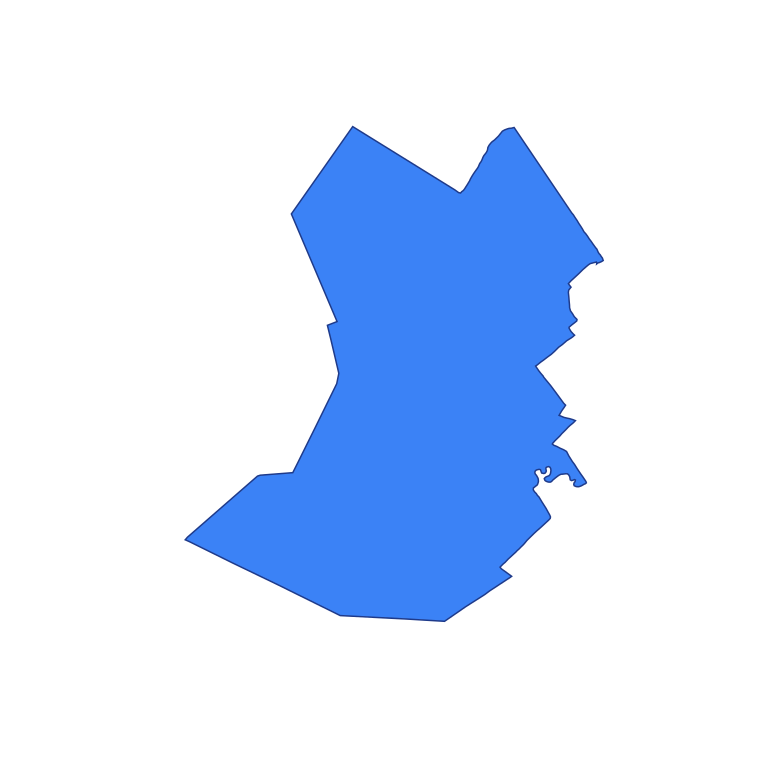 Banan, Batdâmbâng, Cambodia (Natural Earth projection), rotated 56°
{"feature_id": "14789045B38082760726943", "entity_name": "Banan", "entity_type": "district", "adm_level": 2, "iso_a3": "KHM", "parent_name": "Cambodia", "parent_adm1": "Batdâmbâng", "projection": "natural_earth1", "projection_center": [103.091, 12.952], "detail": "fine", "context": "isolated", "style": "filled", "palette": "blue", "viewbox_px": 768, "rotation_deg": 56, "n_neighbors": 0, "source": "geoboundaries", "source_scale": "gbopen_adm2", "svg_char_len": 3854}
<svg xmlns="http://www.w3.org/2000/svg" viewBox="0 0 768 768"><g transform="rotate(56 384 384)"><path d="M244.1,132.7L243.2,135.3L242.0,137.4L241.5,139.0L240.8,141.9L240.6,144.5L241.5,147.4L242.5,150.5L243.0,153.2L243.5,156.0L243.6,158.9L244.0,160.8L244.8,163.3L246.0,165.6L247.4,166.9L248.3,167.9L249.3,169.8L249.9,171.6L250.5,173.5L251.4,175.2L252.8,177.2L253.9,179.1L254.7,181.3L255.8,183.0L256.6,184.2L257.4,185.9L258.0,187.6L258.9,190.0L259.8,192.3L261.1,195.2L262.4,197.8L263.5,199.5L264.1,200.9L265.2,203.2L266.3,205.8L267.2,207.8L267.8,209.5L268.0,210.8L268.0,212.0L268.5,213.7L267.1,215.1L262.7,216.7L153.1,266.0L153.5,267.0L172.2,315.9L191.2,365.7L306.0,388.0L303.7,398.1L317.5,403.2L333.6,409.3L349.9,415.5L357.3,423.0L380.8,463.9L401.5,500.3L406.5,509.2L390.4,537.6L389.6,540.4L401.1,632.6L402.0,635.9L406.2,633.3L447.7,609.6L491.7,583.9L528.7,562.8L551.5,549.8L591.1,497.2L614.6,466.5L614.3,440.8L614.9,418.2L614.6,412.1L614.9,387.2L614.8,385.7L602.7,390.1L600.7,390.2L600.2,387.7L599.8,385.6L599.6,383.4L598.6,379.1L597.4,371.1L597.1,368.9L596.6,366.8L596.3,364.3L595.7,361.5L595.3,359.1L594.8,356.9L593.6,352.9L592.8,348.7L591.8,343.3L591.2,339.5L590.6,334.5L588.9,323.5L588.4,321.4L587.3,320.3L585.5,319.9L581.9,319.6L577.7,319.2L570.0,319.0L564.1,318.7L562.2,319.1L560.0,319.0L558.2,319.4L555.8,319.5L555.0,319.3L553.6,318.1L553.7,316.7L553.5,315.9L553.5,314.7L553.5,314.0L553.2,313.0L552.4,311.9L551.3,310.6L549.9,309.7L548.3,309.0L545.1,308.7L543.1,308.9L541.8,308.5L540.8,307.5L540.5,305.8L541.0,304.3L541.5,303.1L542.5,302.2L544.4,302.7L545.9,303.1L547.4,301.8L548.0,300.6L547.6,299.1L546.9,298.1L545.7,297.6L544.6,297.1L543.9,296.3L544.0,295.0L544.6,293.6L546.0,292.9L547.6,293.2L549.1,294.0L550.1,294.9L551.3,296.0L552.1,297.4L552.3,298.6L551.9,300.3L551.6,301.5L551.7,302.9L552.1,304.1L554.0,304.5L555.3,304.0L556.6,303.1L557.6,302.1L558.5,300.6L558.4,299.1L558.0,297.6L557.9,296.3L557.7,294.4L557.6,293.0L557.5,291.4L557.5,289.6L557.8,287.7L558.7,286.2L560.0,283.6L561.1,282.1L562.9,281.7L564.7,281.9L566.3,282.6L567.6,283.2L568.9,282.6L569.2,281.9L569.5,280.9L569.7,279.6L570.6,279.0L571.9,280.3L571.9,281.1L572.6,282.1L573.5,282.9L574.7,283.2L576.3,282.2L577.1,281.4L578.1,279.9L578.5,278.5L578.8,277.2L578.9,275.6L579.0,274.0L579.3,272.8L579.1,271.5L577.7,271.1L574.9,271.1L572.2,271.1L568.9,271.2L566.0,271.2L562.2,271.2L557.3,271.0L553.7,271.2L550.4,271.1L547.0,271.0L543.8,270.6L542.0,270.4L539.0,271.8L535.7,273.9L532.3,275.7L529.7,277.5L527.9,278.0L527.5,277.4L527.2,276.1L526.7,274.2L526.1,271.0L525.4,267.2L524.6,264.4L523.6,259.0L522.8,255.5L522.4,253.0L522.1,249.4L521.7,247.1L521.4,245.8L519.2,247.3L516.4,249.6L514.8,251.2L512.4,253.4L510.1,254.9L507.9,256.4L506.8,254.1L505.6,251.6L504.2,247.9L503.1,245.3L500.4,245.8L489.7,246.2L478.9,246.7L467.6,247.8L466.6,247.6L462.3,248.1L459.3,248.3L455.9,248.3L453.9,248.3L453.9,246.5L453.5,242.0L453.4,238.4L453.1,233.8L452.9,228.6L452.3,224.3L451.2,218.8L451.0,213.9L450.3,208.4L450.5,202.9L450.4,200.9L450.1,198.7L448.0,199.2L445.0,199.6L441.4,199.4L440.4,198.8L440.0,195.2L439.8,191.9L439.5,188.9L438.4,187.9L434.6,188.6L431.0,188.4L427.7,188.5L424.6,187.5L422.2,186.0L418.9,184.2L415.2,182.1L411.1,179.9L409.4,178.3L408.8,176.4L408.3,174.8L405.6,175.0L403.9,175.0L403.0,171.1L402.3,166.4L401.4,160.6L400.4,155.4L399.8,150.6L399.5,147.7L399.5,145.9L399.8,144.8L400.2,143.8L400.5,142.8L400.8,142.0L401.3,140.7L401.7,139.7L402.6,139.9L403.4,140.6L403.3,139.4L403.3,138.7L403.8,137.4L403.9,136.5L404.1,135.7L404.2,134.1L404.2,133.2L401.7,132.5L399.4,132.6L398.0,132.5L396.2,132.8L394.4,132.7L391.2,132.1L389.7,132.3L387.6,132.4L384.1,132.5L381.6,132.5L378.3,132.7L375.5,132.6L372.4,132.7L369.6,133.1L366.4,132.8L363.3,132.7L359.7,132.7L356.5,132.5L354.0,132.5L352.0,132.5L349.8,132.4L347.0,132.7L244.1,132.7Z" fill="#3b82f6" stroke="#1e3a8a" stroke-width="1.5"/></g></svg>